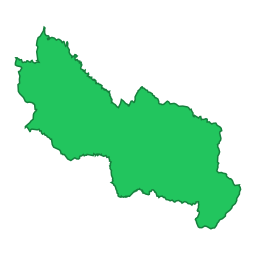 Tello, Huila, Colombia (Robinson projection)
{"feature_id": "7082276B21026196123050", "entity_name": "Tello", "entity_type": "district", "adm_level": 2, "iso_a3": "COL", "parent_name": "Colombia", "parent_adm1": "Huila", "projection": "robinson", "projection_center": [-75.095, 3.039], "detail": "fine", "context": "isolated", "style": "filled", "palette": "green", "viewbox_px": 256, "rotation_deg": 0, "n_neighbors": 0, "source": "geoboundaries", "source_scale": "gbopen_adm2", "svg_char_len": 5733}
<svg xmlns="http://www.w3.org/2000/svg" viewBox="0 0 256 256"><path d="M214.6,227.9L216.4,225.5L217.3,223.2L218.8,221.5L219.2,220.4L220.1,219.6L222.4,218.7L225.4,216.1L225.4,214.4L226.3,212.9L229.8,210.3L231.7,208.1L232.4,205.9L235.3,203.5L236.7,200.6L236.7,198.5L239.4,194.1L239.5,191.8L240.6,189.4L240.1,187.2L239.1,185.8L239.4,184.9L234.8,185.5L233.5,183.8L232.6,181.1L231.6,179.5L230.6,178.7L229.6,178.8L227.1,176.9L226.4,175.8L226.6,174.6L225.8,173.7L222.7,173.1L221.7,172.5L218.5,172.7L216.8,170.8L218.0,167.0L217.7,166.6L218.0,164.4L218.7,163.2L217.5,162.1L217.8,156.0L218.9,154.2L219.6,151.9L218.6,148.4L217.7,147.1L217.8,145.5L217.5,144.5L219.1,143.4L219.3,141.9L220.6,140.2L220.9,138.3L219.6,133.0L220.1,131.5L221.7,130.7L221.1,128.2L219.9,126.9L217.2,125.4L215.8,123.1L213.3,123.3L211.8,123.9L210.3,123.0L209.4,121.9L207.1,122.0L207.2,119.3L206.0,118.7L203.8,119.5L202.6,119.3L201.4,119.7L200.7,116.5L199.8,116.6L198.6,118.0L194.4,115.4L194.0,116.7L193.4,116.3L192.9,114.6L193.0,113.0L191.9,111.4L191.1,109.2L189.9,109.7L188.5,107.6L187.2,106.9L182.8,106.1L178.8,106.3L176.0,104.1L174.1,103.4L170.1,103.9L168.6,101.8L167.3,101.2L163.6,104.4L161.8,104.6L161.2,104.1L159.5,103.9L158.8,103.2L158.7,101.3L157.8,98.9L155.8,97.7L155.3,97.9L154.6,97.1L154.4,96.1L152.7,95.2L152.2,93.7L149.7,92.2L148.2,92.2L147.3,90.3L146.1,90.1L143.7,88.0L142.3,88.0L142.3,86.9L142.0,86.8L140.8,87.7L139.7,89.5L138.1,90.7L138.1,91.5L137.2,92.7L135.1,96.9L135.2,99.7L134.3,102.3L133.9,102.5L132.2,101.0L131.1,101.3L129.0,105.9L128.6,105.9L128.2,105.7L128.3,104.8L125.6,103.5L123.5,101.1L121.4,99.5L120.5,103.4L118.4,107.6L116.9,106.7L115.3,104.7L113.2,103.4L112.4,102.4L111.6,102.6L111.8,102.1L111.3,100.9L111.8,100.6L112.0,99.7L111.5,98.7L111.2,98.8L110.4,96.2L109.7,95.7L110.0,94.3L109.7,94.1L109.4,92.7L108.9,92.5L109.5,91.3L107.5,91.6L107.0,90.6L105.9,90.2L106.0,89.6L104.9,89.4L104.6,89.9L103.9,89.6L104.1,88.9L103.6,88.4L102.6,88.2L101.9,88.6L101.6,88.0L102.0,87.4L101.7,87.1L102.0,85.7L100.3,84.5L99.2,84.5L98.5,83.4L96.8,83.6L96.5,82.9L95.9,83.2L95.9,80.9L95.5,80.4L94.9,80.7L94.1,80.4L94.3,79.9L94.7,80.1L94.6,79.6L93.9,79.3L93.4,80.1L92.7,79.9L91.6,78.6L91.7,77.2L90.6,77.2L90.4,77.8L89.3,77.5L89.4,76.7L87.4,76.0L88.6,74.5L88.4,73.2L87.3,73.7L85.7,73.3L84.9,72.4L85.1,70.2L83.5,71.2L83.2,70.9L83.3,70.1L80.7,68.8L80.7,67.6L81.8,65.0L81.7,64.4L81.0,64.5L81.2,62.4L80.4,62.5L80.2,62.1L79.4,62.8L79.2,62.0L79.7,61.8L79.8,61.2L77.7,60.8L77.5,59.9L77.0,59.5L75.8,60.3L75.2,59.8L74.9,57.3L76.5,56.9L77.2,56.0L76.2,55.5L76.0,54.8L74.9,54.6L74.3,55.7L71.8,57.4L71.7,56.9L72.2,56.1L70.4,54.7L69.5,53.2L69.1,52.1L69.3,49.9L67.5,46.8L67.8,43.4L67.4,42.1L67.2,41.9L66.8,42.3L66.8,45.1L65.6,46.2L63.9,41.6L63.4,41.5L62.2,42.6L61.0,40.6L59.0,39.3L58.2,39.2L56.3,40.1L54.5,38.2L51.9,37.4L50.3,38.0L48.8,39.5L47.7,39.5L47.5,38.4L48.6,37.9L49.1,37.2L48.5,35.9L46.3,35.7L45.2,34.4L44.7,33.1L44.6,29.4L45.0,28.0L44.1,27.2L43.4,30.9L40.1,36.4L38.2,37.6L37.1,40.9L36.5,45.3L37.7,46.5L37.8,47.7L36.7,51.7L37.8,59.9L37.1,60.4L37.8,60.5L39.0,62.3L36.6,62.1L35.0,63.3L32.9,62.1L32.1,60.4L31.4,60.7L30.5,62.2L29.4,62.0L27.6,60.8L26.8,60.9L26.3,61.9L25.6,62.3L24.4,62.0L22.9,62.6L22.3,62.2L21.4,59.7L19.4,60.0L19.1,59.1L18.2,58.9L17.2,57.8L15.8,57.8L16.5,59.0L15.4,63.0L15.4,64.9L17.0,65.9L20.8,66.7L21.8,68.0L20.0,71.2L18.9,71.4L18.5,71.8L19.9,76.1L19.4,79.2L19.6,83.2L18.0,84.6L18.4,91.4L19.8,93.7L23.6,97.6L25.4,101.5L27.4,102.5L29.1,102.1L31.9,102.6L33.2,103.3L33.3,103.8L34.2,104.1L34.7,105.0L35.1,109.4L36.6,109.5L36.3,110.7L35.4,111.3L33.8,113.5L33.4,114.8L33.2,119.1L30.8,121.2L29.9,122.6L25.4,126.5L25.4,127.5L26.2,126.7L26.9,127.0L28.2,128.6L29.9,131.5L30.3,131.4L30.7,129.7L31.9,129.1L37.2,129.8L39.1,129.3L39.9,131.1L40.7,130.8L41.3,131.1L41.5,132.9L42.6,134.2L44.2,133.4L44.9,135.0L46.6,135.5L47.3,136.8L49.4,137.8L50.5,139.3L51.5,139.2L52.3,144.6L53.6,147.1L59.6,149.9L60.5,151.2L61.1,153.7L62.3,153.9L62.9,154.6L64.4,154.5L67.7,159.0L70.8,160.5L74.8,157.8L76.7,158.9L78.6,159.0L79.6,158.1L79.6,156.9L80.1,156.1L81.6,155.9L83.3,154.5L84.2,155.8L85.5,155.1L86.6,155.2L87.0,154.4L93.2,155.6L93.8,153.7L95.2,154.8L95.3,155.6L96.4,154.2L97.4,154.1L97.7,154.6L97.4,155.4L97.7,155.6L99.0,154.0L100.3,155.0L101.2,154.3L101.7,155.4L103.7,156.3L105.9,155.5L106.9,157.4L108.9,157.0L109.1,158.8L109.7,160.0L109.5,161.0L111.1,162.0L110.3,163.7L110.4,165.3L109.7,165.9L110.2,166.8L110.1,168.5L111.5,170.8L111.2,171.8L111.5,175.3L112.8,178.4L112.5,180.0L113.0,180.6L112.9,181.0L112.1,182.2L111.3,182.5L113.6,184.0L113.7,185.0L114.4,185.3L115.3,186.6L116.2,189.8L116.8,190.5L117.1,193.1L118.1,193.7L118.1,195.9L119.2,196.7L120.5,197.1L121.2,196.2L121.6,197.0L122.6,196.8L123.6,197.2L124.6,196.7L125.3,197.1L126.0,196.2L126.7,197.0L128.0,196.1L129.5,196.3L134.3,191.3L134.8,191.7L135.7,190.6L136.2,190.9L136.6,190.1L137.0,190.4L137.6,189.4L138.8,189.4L139.6,188.7L140.2,189.7L142.1,190.2L141.9,191.1L142.2,191.6L142.8,191.4L143.0,193.1L144.6,193.2L145.3,193.9L148.5,194.7L149.3,194.3L149.5,191.5L151.1,191.4L152.1,189.8L153.0,189.8L154.1,190.6L154.8,192.1L155.4,192.1L156.2,193.4L157.0,196.2L158.3,196.2L158.9,197.5L160.0,196.5L162.2,196.1L163.6,197.5L164.7,197.3L166.2,199.6L168.3,199.8L170.1,200.8L172.2,200.1L174.3,202.0L175.3,201.8L176.3,200.8L178.9,200.5L180.5,201.7L181.3,201.8L182.0,203.1L184.6,201.6L185.2,201.7L186.9,202.4L188.1,203.6L190.4,203.9L191.9,205.1L193.1,203.4L194.8,204.1L196.0,203.0L196.1,202.0L198.4,201.7L198.6,202.0L198.3,203.0L198.9,204.6L198.4,205.8L198.5,207.5L197.3,210.5L197.7,211.2L198.5,210.9L199.3,212.2L199.2,213.4L197.6,217.3L195.7,218.7L195.4,219.7L196.1,220.6L196.7,223.0L198.3,226.8L199.4,227.6L201.9,227.7L204.8,226.0L206.9,226.5L210.9,228.8L212.8,228.0L214.6,227.9Z" fill="#22c55e" stroke="#15803d" stroke-width="1.5"/></svg>